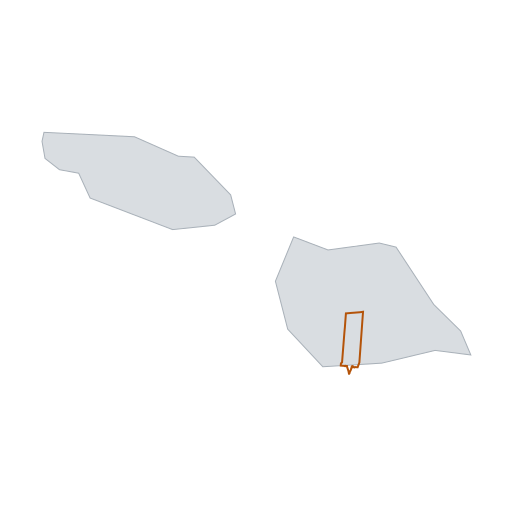 location of Gagaifomauga II, Gaga'ifomauga, Samoa, rotated 183°
{"feature_id": "51752279B51367049300585", "entity_name": "Gagaifomauga II", "entity_type": "district", "adm_level": 2, "iso_a3": "WSM", "parent_name": "Samoa", "parent_adm1": "Gaga'ifomauga", "projection": "robinson", "projection_center": [-172.418, -13.533], "detail": "fine", "context": "in_parent", "style": "outline", "palette": "amber", "viewbox_px": 512, "rotation_deg": 183, "n_neighbors": 0, "source": "geoboundaries", "source_scale": "gbopen_adm2", "svg_char_len": 1605}
<svg xmlns="http://www.w3.org/2000/svg" viewBox="0 0 512 512"><g transform="rotate(183 256 256)"><path d="M183.5,148.9L220.5,184.6L235.3,231.8L219.4,277.0L184.4,265.8L133.6,275.4L116.6,272.2L75.9,216.8L47.7,191.8L36.3,168.4L72.3,171.1L124.8,155.6L183.5,148.9ZM474.2,368.4L383.6,368.7L338.8,351.6L322.9,351.5L284.5,315.7L278.6,296.9L298.8,284.6L340.7,278.0L424.7,305.2L437.4,329.4L456.8,331.9L471.8,342.4L475.7,359.3L474.2,368.4Z" fill="#d9dde1" stroke="#a8b0b8" stroke-width="1"/><path d="M163.5,189.6L163.7,184.8L164.0,173.4L164.5,154.3L164.7,154.0L165.1,153.8L165.2,153.7L165.3,153.5L165.6,152.8L165.6,152.1L165.6,151.0L162.8,150.9L162.3,150.9L161.2,151.0L161.2,150.7L159.9,150.7L159.8,150.9L159.4,150.9L159.3,150.2L157.6,145.8L157.0,143.3L156.8,143.3L156.7,143.5L156.5,143.8L156.5,144.1L156.5,144.5L156.4,144.7L156.3,144.9L156.2,145.1L156.1,145.5L156.0,145.9L155.9,146.1L155.6,146.5L155.5,146.9L155.4,147.1L155.2,147.6L155.1,147.9L155.1,148.6L155.0,148.8L155.0,149.0L154.9,149.2L154.6,149.4L154.4,149.5L154.1,149.7L153.9,149.8L153.3,150.1L153.2,150.1L153.2,150.3L153.3,150.3L153.4,150.2L153.8,150.1L154.1,150.0L154.6,149.9L154.6,150.0L154.7,150.3L154.5,150.7L154.3,150.8L154.2,150.8L154.2,151.0L153.8,151.1L153.7,151.0L153.5,150.9L153.4,150.9L153.1,150.7L152.9,150.5L152.9,150.4L152.7,150.3L152.6,150.2L152.3,150.0L152.2,150.1L151.8,150.1L151.7,150.0L151.4,150.2L151.2,150.2L150.7,150.3L150.5,150.2L149.8,150.2L149.4,150.2L148.7,150.2L147.2,155.1L146.2,205.9L149.1,205.3L152.1,204.9L155.1,204.5L157.5,204.2L161.6,203.6L163.2,203.4L163.5,189.6Z" fill="none" stroke="#b45309" stroke-width="2"/></g></svg>